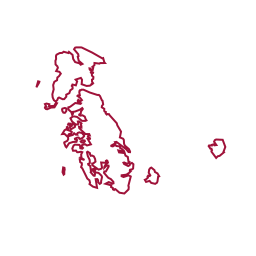 the district of Prince of Wales-Hyder, United States of America, rotated 15°
{"feature_id": "52423323B55198873775030", "entity_name": "Prince of Wales-Hyder", "entity_type": "district", "adm_level": 2, "iso_a3": "USA", "parent_name": "United States of America", "parent_adm1": "", "projection": "robinson", "projection_center": [-133.066, 55.883], "detail": "fine", "context": "isolated", "style": "outline", "palette": "rose", "viewbox_px": 256, "rotation_deg": 15, "n_neighbors": 0, "source": "geoboundaries", "source_scale": "gbopen_adm2", "svg_char_len": 5801}
<svg xmlns="http://www.w3.org/2000/svg" viewBox="0 0 256 256"><g transform="rotate(15 128 128)"><path d="M65.0,123.5L65.7,125.6L69.1,127.3L70.6,129.6L71.1,128.9L71.1,128.0L69.9,127.0L72.6,125.8L76.7,122.8L78.6,120.6L79.4,121.3L78.3,124.3L78.6,126.2L77.4,127.6L77.5,128.1L78.8,128.4L80.7,127.5L83.3,128.2L84.7,130.3L85.9,131.4L84.9,132.2L81.7,133.0L76.0,130.5L73.2,130.7L71.8,131.1L69.9,133.5L72.3,136.2L76.1,137.9L77.2,138.0L78.7,137.4L78.8,136.3L77.9,134.7L78.8,134.3L81.9,135.6L81.5,137.2L82.5,138.1L82.9,139.6L80.4,139.5L81.0,140.8L88.5,144.9L92.1,143.9L93.0,145.1L91.6,145.4L91.5,146.9L94.0,147.8L94.0,148.4L91.9,149.0L96.4,153.4L92.9,155.5L90.8,154.8L88.2,156.2L87.8,157.6L89.7,158.9L89.2,159.8L87.2,159.9L86.3,157.7L85.5,156.9L81.0,157.8L80.0,159.0L79.5,162.2L80.8,164.2L83.6,163.3L85.1,164.5L85.9,164.4L88.8,163.1L90.1,163.2L89.6,165.7L90.5,168.2L89.8,168.7L94.2,170.1L90.4,170.1L89.4,170.6L90.7,173.4L92.5,173.9L93.0,175.6L92.8,177.9L94.4,178.9L101.8,187.4L104.3,188.5L105.5,190.7L105.3,192.1L109.3,193.7L113.6,193.8L110.0,185.8L111.6,185.3L112.5,186.1L113.4,188.2L115.2,189.3L116.2,188.0L115.8,186.3L115.6,182.1L114.7,180.9L111.2,179.0L108.2,179.3L107.5,179.8L108.1,181.3L108.1,182.8L107.1,182.9L103.4,180.4L103.6,179.8L101.4,174.5L99.1,173.7L98.8,173.0L100.1,172.0L100.1,171.3L99.2,168.7L96.5,165.6L94.6,162.0L95.2,161.3L97.8,162.2L97.9,163.0L99.3,164.5L100.4,163.9L102.4,164.3L104.2,166.4L105.3,168.9L103.6,171.2L102.6,171.6L103.3,173.2L110.4,175.8L112.8,174.2L113.2,173.1L111.0,168.3L115.3,167.4L115.5,166.2L115.2,165.5L115.9,164.8L116.6,165.1L117.6,166.6L115.8,169.4L115.2,171.6L115.4,172.6L117.0,169.9L118.9,169.4L119.3,170.3L117.9,175.7L116.4,176.1L116.4,177.5L121.8,181.2L124.7,181.8L127.8,183.8L128.3,185.2L127.5,185.7L123.4,185.2L120.7,187.7L126.7,187.7L126.9,189.4L128.8,189.8L129.4,191.2L130.5,191.4L130.6,190.7L131.6,190.3L136.5,192.7L141.4,192.2L144.4,187.2L144.0,184.7L143.3,183.8L143.2,174.1L140.8,173.6L136.4,176.5L134.3,176.2L134.1,175.3L138.5,173.5L140.8,170.9L141.8,169.1L140.8,168.8L140.8,167.8L142.9,166.7L143.4,165.8L142.6,161.6L140.8,160.7L139.2,162.3L139.2,163.6L138.0,164.7L133.6,163.8L132.6,162.7L133.2,162.3L136.3,162.7L137.7,161.5L138.2,160.4L137.0,160.0L135.3,156.0L132.7,155.3L131.3,153.1L125.7,153.9L124.5,152.2L129.4,151.9L130.3,151.6L130.0,151.2L126.8,149.5L125.8,149.6L124.9,147.9L121.4,148.4L120.2,147.5L118.1,149.7L116.6,149.8L116.4,149.3L119.9,145.9L119.1,145.0L120.4,144.4L131.8,149.0L134.7,151.1L136.2,150.8L136.1,150.2L134.3,148.1L129.5,145.8L128.3,144.3L127.0,140.5L126.0,139.6L122.6,139.2L122.2,133.3L117.0,128.2L115.9,126.3L106.6,120.2L106.2,119.6L104.6,119.8L104.0,120.5L102.7,119.7L102.5,118.3L101.3,118.2L100.6,117.6L100.1,115.6L97.3,114.8L97.1,113.4L97.9,111.6L96.3,108.2L95.6,108.0L92.7,104.4L91.3,103.6L89.7,104.0L81.9,103.6L75.0,102.5L73.2,103.0L72.4,104.0L71.9,103.9L71.5,104.8L71.8,106.4L73.0,108.8L71.2,109.5L70.9,110.1L73.9,111.2L76.3,113.0L75.0,114.6L72.7,113.6L72.4,114.7L72.8,115.7L76.2,116.3L75.9,117.0L70.6,117.5L66.6,122.5L65.0,123.5ZM85.9,66.9L85.2,67.4L73.8,64.4L62.3,62.2L57.2,63.5L56.1,64.1L55.5,65.9L60.8,69.6L61.6,71.4L61.0,72.1L63.0,75.8L67.4,77.9L65.9,79.1L64.5,78.1L59.9,78.0L57.2,75.5L55.5,71.7L51.3,69.8L51.1,71.0L46.1,71.0L45.0,72.5L42.6,73.3L40.0,75.7L39.8,77.1L40.7,80.0L40.5,81.9L41.6,85.4L43.8,86.7L44.7,88.0L43.9,91.6L47.2,91.5L49.0,92.9L47.9,95.9L46.7,97.5L47.1,100.2L44.9,102.4L44.6,105.9L46.2,109.9L46.2,115.0L47.3,117.9L49.2,120.3L51.4,121.2L52.5,119.1L52.7,117.2L53.5,116.4L57.4,117.1L58.9,116.6L60.3,113.7L59.7,111.8L62.3,109.5L62.5,106.6L64.3,104.3L63.8,102.6L62.8,101.9L63.1,100.4L66.6,100.3L66.8,96.1L64.9,94.8L69.5,91.8L71.1,93.3L71.9,97.7L77.1,98.1L80.2,97.0L82.1,94.8L81.7,94.5L82.6,93.7L81.3,92.6L80.7,90.6L81.7,89.6L81.4,87.7L79.6,86.7L79.2,85.3L78.2,84.3L80.7,83.6L78.4,83.1L75.8,81.3L75.4,80.4L76.3,80.3L77.4,81.2L78.9,81.1L78.8,78.6L77.8,78.2L79.3,76.1L78.8,73.9L83.8,73.2L84.3,72.5L88.9,71.2L88.1,70.6L85.9,66.9ZM220.9,134.1L222.0,132.1L223.7,131.2L227.0,126.6L226.4,126.3L226.9,121.1L222.5,114.9L216.1,116.3L215.0,117.3L214.7,119.0L217.8,121.6L215.9,122.4L214.8,121.7L213.3,122.6L213.5,123.2L210.8,123.9L210.6,124.6L213.0,126.7L214.0,126.4L214.9,127.7L214.5,128.7L214.8,129.3L220.9,134.1ZM66.0,150.9L68.2,150.1L72.5,152.4L73.1,154.2L72.7,156.1L70.2,158.3L70.2,158.9L72.6,162.1L73.5,162.6L75.0,158.0L78.5,155.7L81.8,154.7L81.9,152.8L79.8,152.7L79.5,152.0L81.5,150.4L82.8,150.0L84.4,151.1L86.6,149.4L87.7,147.3L87.5,146.7L85.0,144.8L82.1,144.8L80.8,145.7L80.3,146.8L80.8,147.6L79.2,147.9L77.3,147.0L76.5,149.0L73.3,150.9L72.4,150.8L72.2,150.2L72.7,149.0L74.5,148.2L74.8,146.4L73.4,145.8L68.4,145.4L67.3,146.6L66.0,150.9ZM157.7,173.7L159.4,175.4L162.5,173.5L164.6,175.0L168.7,174.9L170.1,173.4L170.3,172.0L169.7,167.2L170.6,166.6L168.2,164.2L165.4,163.5L164.5,161.9L160.8,160.2L160.0,160.8L159.2,162.6L159.6,165.9L161.8,167.9L161.4,168.8L159.8,168.8L159.4,169.8L160.1,170.8L158.7,172.9L157.7,173.7ZM41.6,126.4L43.7,128.7L42.5,129.3L42.5,130.0L43.8,130.9L45.1,130.8L48.3,128.2L51.6,127.1L53.0,122.4L52.0,122.3L51.3,124.2L51.3,125.1L50.7,125.8L46.0,127.4L45.9,125.4L42.9,125.5L41.6,126.4ZM59.6,126.3L59.5,127.2L60.2,128.6L61.6,129.9L63.1,129.7L64.0,127.7L63.4,125.3L63.0,125.0L61.8,125.0L59.6,126.3ZM71.7,141.8L71.7,142.6L73.1,144.1L76.4,140.8L76.3,139.3L73.3,137.9L73.1,140.7L71.7,141.8ZM75.6,182.9L76.2,187.6L77.9,189.7L78.4,189.0L77.7,186.5L77.6,184.5L76.9,182.9L75.6,182.9ZM87.2,151.6L85.8,153.2L86.6,153.9L87.4,153.9L89.0,153.5L89.8,151.9L89.3,151.3L87.2,151.6ZM104.4,177.0L105.6,178.8L106.6,179.3L107.3,178.5L106.9,177.3L107.3,176.7L105.9,176.0L104.4,177.0ZM29.0,112.4L30.4,107.2L30.4,106.2L29.1,106.2L29.0,112.4ZM69.4,139.1L69.2,139.9L71.2,140.4L71.6,139.1L71.3,138.7L69.4,139.1ZM68.7,143.0L69.2,144.2L70.2,144.1L69.2,142.4L68.7,143.0Z" fill="none" stroke="#9f1239" stroke-width="2"/></g></svg>